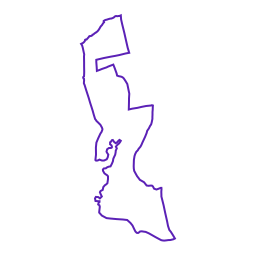 the district of Nain Feto, Dili, East Timor
{"feature_id": "22284137B75963303915609", "entity_name": "Nain Feto", "entity_type": "district", "adm_level": 2, "iso_a3": "TLS", "parent_name": "East Timor", "parent_adm1": "Dili", "projection": "equal_earth", "projection_center": [125.588, -8.569], "detail": "fine", "context": "isolated", "style": "outline", "palette": "violet", "viewbox_px": 256, "rotation_deg": 0, "n_neighbors": 0, "source": "geoboundaries", "source_scale": "gbopen_adm2", "svg_char_len": 4023}
<svg xmlns="http://www.w3.org/2000/svg" viewBox="0 0 256 256"><path d="M174.9,238.5L173.1,235.4L170.9,231.9L169.3,229.9L168.0,225.9L167.1,221.3L165.2,212.9L163.6,205.3L161.8,198.1L161.4,196.5L161.4,194.7L161.3,191.8L161.5,189.0L161.4,187.9L160.6,187.9L158.7,188.7L156.5,189.5L154.1,188.7L152.9,186.4L151.9,185.6L150.3,185.6L148.6,185.8L146.6,185.5L145.2,183.7L144.0,182.2L142.1,181.1L139.8,179.8L138.9,178.5L137.1,176.2L135.5,173.3L134.2,170.9L133.8,168.5L133.7,166.2L133.9,159.9L134.5,156.1L135.2,154.0L136.3,151.8L137.8,150.3L138.5,149.0L140.5,146.6L141.6,144.5L142.3,142.8L145.1,136.8L146.6,133.1L147.2,130.8L148.8,128.5L150.2,125.7L151.1,124.5L151.7,122.4L152.4,118.9L152.4,116.8L152.5,114.9L152.5,112.0L152.7,109.9L152.8,106.8L152.9,105.5L151.9,105.2L151.1,105.5L146.1,106.0L141.5,106.9L137.7,107.8L132.1,108.7L128.8,109.5L129.0,101.2L129.0,98.4L129.3,93.8L128.0,87.3L127.3,84.0L125.5,81.0L123.7,78.3L122.7,77.4L121.6,76.8L120.5,76.5L118.8,76.2L117.1,75.6L116.6,73.4L115.8,71.2L114.8,68.4L113.3,64.6L109.6,66.0L108.1,66.6L106.5,67.4L102.1,68.9L99.9,69.8L96.9,70.9L96.7,67.3L96.3,62.0L96.3,59.8L104.0,58.0L111.1,56.6L115.1,55.9L119.1,55.1L125.5,53.5L129.2,52.8L127.7,47.8L126.3,41.7L124.3,32.8L122.2,24.3L121.1,19.4L120.8,15.4L120.6,15.5L120.1,15.7L119.7,15.8L119.3,16.0L119.0,16.0L118.8,16.0L118.6,16.0L117.5,16.2L117.1,16.2L116.9,16.2L116.2,16.0L115.7,16.1L115.2,16.3L114.7,16.6L114.4,16.9L114.1,17.2L113.9,17.4L113.7,17.5L113.0,17.9L112.6,18.1L112.0,18.3L111.6,18.4L111.4,18.5L111.0,18.6L110.5,18.6L110.4,18.6L110.2,18.6L109.8,18.7L109.2,18.9L108.8,19.0L108.1,19.2L107.0,19.6L106.5,19.7L106.3,19.8L106.1,19.8L105.7,19.9L105.3,20.0L105.1,20.1L104.5,20.5L104.3,20.6L103.9,20.8L103.7,20.9L103.6,21.1L104.0,22.3L103.8,22.4L103.7,22.6L103.5,22.8L103.3,23.0L103.2,23.2L102.9,23.6L102.1,24.9L101.8,25.3L101.6,25.5L101.1,26.0L100.8,26.4L100.6,26.6L100.2,27.3L99.6,28.4L99.3,28.9L99.1,29.1L99.0,29.4L98.8,29.6L98.7,29.8L98.5,30.1L98.3,30.3L98.0,30.7L97.8,30.9L97.7,31.1L97.4,31.4L97.2,31.5L96.8,31.9L96.5,32.1L96.3,32.2L96.3,32.3L96.2,32.4L96.0,32.5L95.8,32.6L95.5,32.8L95.0,33.1L94.6,33.3L94.3,33.6L94.0,33.9L93.8,34.1L93.6,34.2L93.5,34.3L93.0,34.6L92.5,34.7L92.3,35.3L91.8,35.6L90.8,36.1L89.9,36.0L89.0,36.5L88.9,36.9L86.5,39.6L85.7,39.5L85.1,39.8L84.8,41.1L84.0,42.1L83.1,42.9L82.5,43.2L81.1,43.9L82.1,45.4L82.8,47.9L83.8,52.6L84.2,54.3L84.0,56.4L84.1,62.4L84.1,66.7L84.2,72.0L84.1,74.9L84.0,76.4L83.6,76.7L83.4,76.9L83.2,77.2L83.2,77.6L83.3,77.9L83.4,78.3L83.5,78.5L83.8,78.6L84.0,78.8L84.1,80.1L83.9,82.8L83.9,83.4L84.6,85.0L86.1,89.9L88.7,97.9L90.2,103.0L91.5,107.0L92.7,110.8L93.8,114.8L95.1,119.0L95.9,120.0L96.5,121.0L97.8,122.2L100.4,124.8L101.9,127.5L102.4,128.9L102.4,129.7L101.5,132.0L100.4,133.6L98.2,138.3L96.4,142.6L95.9,147.6L96.0,154.7L95.4,160.0L96.0,160.6L97.1,160.6L98.4,160.2L99.4,159.6L101.9,160.5L104.1,160.5L106.7,159.3L107.7,157.4L108.3,154.6L107.4,153.3L106.5,151.7L107.1,149.3L108.9,148.0L110.5,148.0L111.5,147.8L112.0,147.0L111.5,145.4L110.1,144.3L110.1,142.3L110.8,141.9L111.9,140.2L112.8,140.0L114.1,141.9L115.7,143.2L117.0,142.4L118.6,140.6L119.5,139.9L120.8,140.8L120.0,142.2L119.0,143.5L117.1,145.1L115.9,146.7L116.8,148.3L115.7,150.8L115.7,151.9L115.2,154.7L114.0,157.2L113.3,158.8L112.9,161.3L111.9,163.7L110.5,166.4L109.0,166.6L107.3,167.2L105.8,168.3L103.8,168.5L102.9,169.5L103.0,170.8L104.4,173.3L105.7,174.3L107.2,175.3L108.0,176.3L108.0,179.1L107.4,183.2L106.3,184.3L104.8,185.3L103.3,187.1L102.7,189.9L100.6,191.0L99.9,192.2L100.6,194.0L101.8,196.5L99.9,198.4L98.3,197.1L95.9,196.9L95.0,198.4L95.5,201.0L98.4,201.2L99.5,201.2L99.5,202.0L98.6,202.7L98.2,204.5L99.4,205.3L99.8,206.8L99.2,211.9L99.2,212.6L101.9,215.6L106.5,218.1L110.0,218.5L116.7,219.1L122.9,219.5L127.2,220.0L130.5,223.0L132.5,225.5L134.3,229.3L135.4,231.5L136.7,232.8L138.0,233.0L139.0,232.4L140.0,231.5L141.7,231.3L144.2,231.7L145.7,231.9L149.0,233.4L155.7,237.2L161.1,240.1L162.3,240.4L164.1,240.6L166.1,240.4L168.2,240.1L170.4,240.0L173.3,239.3L174.9,238.5Z" fill="none" stroke="#5b21b6" stroke-width="2"/></svg>